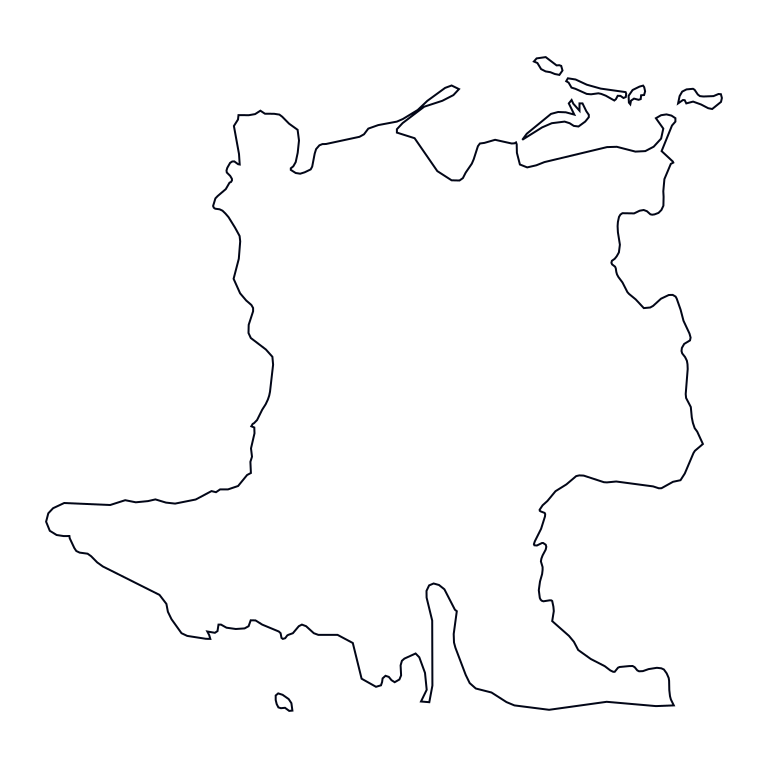 the border of Matanzas
{"feature_id": "CUB-1430", "entity_name": "Matanzas", "entity_type": "Province", "adm_level": 1, "iso_a3": "CUB", "parent_name": "Cuba", "parent_adm1": "", "projection": "equal_earth", "projection_center": [-81.101, 22.655], "detail": "fine", "context": "isolated", "style": "outline", "palette": "ink", "viewbox_px": 768, "rotation_deg": 0, "n_neighbors": 0, "source": "natural_earth", "source_scale": "10m", "svg_char_len": 6054}
<svg xmlns="http://www.w3.org/2000/svg" viewBox="0 0 768 768"><path d="M238.5,115.1L248.8,115.2L255.1,114.1L260.4,110.7L264.9,113.7L274.1,113.8L279.4,114.6L282.2,116.7L289.1,123.7L297.6,129.8L299.0,140.5L297.7,152.8L295.7,162.1L293.3,166.3L290.8,168.3L290.8,169.9L295.7,173.0L300.2,173.7L304.7,172.3L310.7,169.4L312.2,166.6L314.7,153.6L316.1,149.1L319.4,145.3L322.4,144.1L326.0,144.0L359.5,136.8L364.0,134.3L368.3,128.6L378.2,125.1L396.9,121.6L402.9,119.0L417.7,110.0L427.4,100.8L445.1,87.9L451.6,85.5L459.0,89.1L453.4,95.1L442.3,100.8L424.2,106.7L402.6,123.1L396.9,129.2L396.9,132.6L414.6,138.2L437.3,171.1L451.6,180.3L459.5,180.5L462.9,178.1L465.7,172.6L471.8,163.7L473.7,159.3L477.9,146.2L479.9,143.5L484.4,142.9L495.1,139.8L511.7,143.5L514.5,143.3L516.0,142.4L516.7,144.3L516.9,152.8L519.9,164.5L527.2,167.4L536.3,165.3L544.4,162.1L607.0,147.1L616.8,146.8L635.4,151.6L645.3,151.1L653.7,146.7L661.1,138.6L663.3,128.6L655.9,118.2L661.1,115.2L666.5,114.4L671.5,115.6L675.4,118.2L675.4,121.6L672.0,125.5L661.6,151.1L672.8,161.5L673.3,162.6L670.8,163.9L664.4,179.1L663.3,191.3L663.6,196.8L663.4,205.7L661.4,210.0L658.5,212.9L654.5,214.4L652.2,214.7L650.4,214.3L646.9,211.2L643.7,210.0L639.7,210.7L634.1,213.4L622.4,213.2L620.4,214.6L619.0,216.9L617.9,222.0L617.6,226.2L617.9,232.2L619.9,244.7L618.9,252.4L616.7,256.3L614.7,258.8L611.9,260.8L611.4,262.8L612.1,264.4L615.1,266.7L615.8,268.4L616.3,271.9L617.0,274.4L618.4,277.0L622.5,282.5L627.4,292.1L629.0,293.9L635.7,299.4L643.8,308.1L650.2,307.5L653.1,305.9L661.0,298.7L668.8,295.0L672.7,294.9L675.6,296.6L676.7,298.6L680.6,309.7L683.5,320.8L689.5,333.6L690.6,337.6L690.0,340.4L684.2,343.9L681.9,347.9L681.5,351.0L682.2,353.4L685.1,357.1L686.9,360.8L687.5,364.3L687.7,369.0L685.7,394.1L686.1,398.0L690.8,407.0L691.8,417.5L692.9,422.9L694.7,428.2L697.2,431.6L702.9,444.0L694.9,450.8L693.5,453.0L684.8,473.5L680.5,480.2L673.0,481.8L661.5,488.2L658.9,488.3L653.1,486.4L616.2,481.5L606.9,482.4L603.9,482.2L583.7,475.6L579.3,475.4L576.2,476.1L566.4,484.4L555.5,491.2L547.4,501.0L542.6,505.3L539.6,509.8L539.8,510.8L540.9,511.5L544.6,512.9L545.2,514.1L545.0,516.4L541.1,528.8L534.8,541.4L533.9,544.2L534.4,545.3L536.9,545.5L542.0,543.0L543.1,543.0L545.7,544.7L546.3,546.8L545.7,549.6L542.6,555.4L541.4,558.6L540.9,561.4L542.6,567.1L542.6,569.9L542.1,574.1L540.0,581.5L538.8,590.2L539.8,597.9L540.6,599.6L541.7,600.7L543.4,601.3L549.8,600.3L551.4,600.4L552.2,601.0L553.4,606.7L553.8,611.1L552.2,621.1L569.0,635.9L573.9,641.8L578.2,650.0L590.8,659.0L604.8,666.2L610.3,670.4L613.2,671.8L614.7,671.8L618.0,667.7L619.6,667.0L628.9,666.1L632.6,666.0L634.7,667.2L637.3,670.4L639.1,671.3L642.9,671.1L648.6,669.1L656.9,667.8L661.3,668.3L663.9,669.5L666.7,673.4L668.7,678.0L669.1,680.8L669.3,690.1L670.0,696.2L670.9,699.5L673.8,705.4L656.0,706.1L606.7,701.8L549.1,709.8L514.4,705.4L506.5,702.1L491.5,692.5L475.8,688.5L469.7,683.1L465.7,674.9L455.4,647.7L454.0,642.5L453.7,634.0L456.8,611.2L454.9,609.7L444.4,589.3L439.0,585.0L433.6,583.5L429.1,585.4L426.5,590.9L426.6,597.6L432.2,620.6L432.4,685.6L429.3,702.2L421.0,701.5L426.7,689.8L425.0,672.9L419.3,657.3L415.6,653.5L404.4,658.6L401.9,660.8L400.6,665.4L401.1,675.4L399.4,679.5L394.7,682.2L391.5,680.2L388.8,676.9L385.5,675.8L382.6,678.4L382.1,682.0L381.0,685.3L376.0,686.8L361.6,678.7L352.8,643.0L337.6,634.9L318.4,634.9L313.8,633.2L306.1,626.2L301.9,624.6L298.8,626.2L292.9,633.2L288.2,634.9L287.2,635.5L285.2,638.2L282.8,638.9L281.5,637.9L280.6,633.2L278.8,631.5L262.2,624.6L255.5,620.4L250.7,620.3L248.6,626.2L244.6,628.4L235.8,629.0L226.5,627.7L221.0,624.6L218.5,624.6L217.5,631.1L214.9,632.8L207.3,631.5L209.2,635.1L210.3,638.9L205.9,638.8L187.2,635.9L181.5,633.2L171.5,619.2L167.9,611.8L166.4,603.9L159.5,594.9L102.9,566.5L97.2,562.4L91.1,556.2L87.6,553.7L79.6,552.6L76.3,551.0L74.3,548.0L69.7,538.2L69.4,536.0L63.9,536.1L56.6,535.0L49.8,530.8L46.1,521.7L48.3,513.3L53.1,508.2L64.2,503.0L110.2,505.0L125.2,500.2L135.8,502.3L148.0,501.1L155.4,499.4L166.0,502.6L175.1,503.6L195.7,499.5L211.5,491.1L216.0,492.2L220.1,489.4L228.0,489.4L238.1,486.0L247.1,475.0L250.9,473.0L250.4,461.8L252.0,456.7L251.0,448.4L254.5,433.3L254.3,427.5L251.3,426.3L252.7,423.9L254.0,423.2L257.1,420.0L262.2,409.7L265.7,404.2L267.9,399.5L269.2,395.6L270.0,391.8L273.1,364.7L272.4,356.8L265.9,349.5L250.8,338.0L248.5,333.0L248.7,324.8L253.1,311.3L253.1,308.0L251.4,305.0L246.2,300.5L240.1,293.3L233.6,278.8L238.8,258.8L240.2,241.4L239.6,236.0L235.0,227.6L228.5,217.1L225.4,213.5L222.5,210.7L219.6,209.3L215.2,208.7L213.8,207.7L213.1,206.0L215.4,198.4L217.7,196.0L225.8,189.1L229.5,182.7L231.1,181.9L232.0,180.3L231.9,178.8L230.2,175.9L226.8,172.5L226.5,170.5L227.3,167.8L230.1,162.9L232.2,161.5L234.3,161.4L238.1,164.2L239.7,164.5L239.0,154.0L233.9,126.0L238.0,119.5L238.5,115.1ZM579.5,103.4L582.5,103.4L586.3,111.2L588.8,114.8L588.8,117.2L585.2,121.6L578.5,126.5L573.8,125.9L569.6,123.2L564.6,121.6L551.8,123.2L542.1,127.4L522.3,139.8L526.8,133.7L551.0,113.9L558.1,112.0L565.8,112.3L574.3,114.6L568.8,103.4L571.6,100.0L573.3,103.7L579.5,110.7L579.5,103.4ZM713.5,96.1L718.5,94.0L720.9,94.2L721.9,98.0L721.0,101.9L712.2,109.0L708.2,108.2L701.1,104.5L693.1,101.6L686.3,103.4L684.7,100.2L683.0,100.0L678.1,103.4L679.6,96.1L682.2,91.6L686.5,89.4L693.0,88.8L694.6,89.8L697.8,94.5L699.9,96.1L703.4,96.5L713.5,96.1ZM600.7,88.6L625.6,92.1L626.2,93.7L625.8,97.0L623.5,98.0L620.5,95.9L617.7,95.8L615.9,99.2L614.3,100.5L605.8,95.7L601.2,93.9L598.4,93.3L591.0,94.3L586.7,93.9L575.4,88.8L571.5,87.6L568.6,82.6L566.2,81.2L567.9,78.3L575.6,79.5L586.8,84.7L600.7,88.6ZM559.3,65.2L561.2,65.9L562.5,70.5L559.4,74.9L554.8,74.0L550.4,72.2L545.6,71.4L541.1,69.1L537.4,63.0L533.9,61.5L536.6,58.4L545.7,57.1L556.6,65.4L559.3,65.2ZM288.7,699.1L291.4,703.2L292.4,710.6L289.2,710.9L285.0,707.8L280.9,708.2L278.4,707.4L276.7,704.1L275.7,700.0L275.7,695.5L278.2,693.4L282.6,694.8L288.7,699.1ZM643.1,85.6L644.2,87.2L645.1,91.3L644.1,95.0L641.1,95.3L640.7,99.1L638.6,99.8L634.0,98.6L631.0,100.7L630.3,104.3L628.9,102.6L628.6,95.8L632.6,90.0L639.5,86.6L643.1,85.6Z" fill="none" stroke="#020617" stroke-width="2"/></svg>